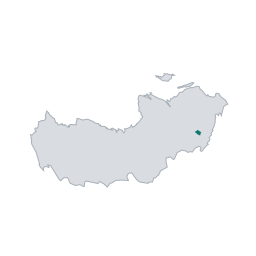 Grästorp, Västra Götaland, Sweden (highlighted), rotated 229°
{"feature_id": "70781695B12491812596610", "entity_name": "Grästorp", "entity_type": "district", "adm_level": 2, "iso_a3": "SWE", "parent_name": "Sweden", "parent_adm1": "Västra Götaland", "projection": "natural_earth1", "projection_center": [12.708, 58.339], "detail": "fine", "context": "in_parent", "style": "filled", "palette": "teal", "viewbox_px": 256, "rotation_deg": 229, "n_neighbors": 0, "source": "geoboundaries", "source_scale": "gbopen_adm2", "svg_char_len": 4149}
<svg xmlns="http://www.w3.org/2000/svg" viewBox="0 0 256 256"><g transform="rotate(229 128 128)"><path d="M64.5,168.5L65.3,170.2L67.2,170.0L67.9,168.7L68.8,165.0L67.6,160.9L69.3,159.4L70.3,157.2L72.8,156.5L76.2,153.9L76.5,151.1L77.3,149.2L74.4,143.2L74.2,141.7L78.5,140.9L80.3,137.0L77.4,134.4L72.8,132.0L74.3,124.4L72.4,120.3L72.6,118.6L72.3,115.9L73.5,114.8L71.2,111.0L73.4,108.3L73.0,106.9L79.4,101.5L83.6,100.6L91.4,101.4L93.2,99.3L93.3,98.1L92.5,95.4L88.1,93.9L92.8,89.1L96.5,84.4L97.1,79.9L98.0,78.0L97.0,73.6L102.0,73.1L106.4,71.3L105.8,68.9L115.4,61.6L115.7,60.3L114.9,59.1L112.6,56.8L113.2,55.8L115.8,55.2L117.1,54.2L118.9,50.8L124.2,48.1L130.1,49.9L132.6,46.9L132.3,42.7L134.4,42.3L150.2,44.9L152.8,43.3L150.1,42.5L152.7,40.8L153.4,39.8L153.6,38.6L153.5,38.0L151.2,36.4L156.2,36.2L158.9,36.9L159.2,37.9L170.1,42.8L178.7,44.7L181.2,46.1L182.2,47.7L183.5,47.8L185.2,49.2L186.9,50.0L185.6,51.0L185.7,53.3L186.2,54.4L185.5,56.4L188.3,56.9L188.8,58.1L187.4,59.3L187.7,60.6L191.4,64.8L190.6,66.1L190.4,67.8L188.9,69.0L188.7,70.3L189.1,72.0L189.7,72.8L191.3,73.4L194.1,77.8L191.5,78.1L189.4,77.5L184.7,78.1L183.5,78.7L179.8,77.0L177.8,78.0L176.4,77.1L175.3,78.5L175.1,80.5L173.4,80.4L174.0,81.1L171.8,81.4L171.6,81.7L172.1,82.2L171.4,82.8L168.3,83.0L167.9,83.7L168.8,84.4L168.8,84.9L166.8,84.2L168.2,85.6L168.6,86.7L164.4,90.9L165.9,92.0L167.2,94.4L168.5,95.4L168.0,96.5L163.6,99.2L161.2,103.3L155.6,106.0L152.6,106.7L150.7,108.7L148.5,108.1L148.4,109.2L147.0,108.5L145.8,110.2L143.8,111.7L141.5,111.4L141.3,111.7L142.0,112.1L139.4,112.5L138.7,114.0L136.8,114.4L136.5,114.9L138.4,115.0L138.1,116.2L135.9,116.9L135.1,117.6L134.1,117.6L134.3,117.0L132.8,117.1L132.3,116.3L132.0,116.5L133.1,118.6L132.4,119.4L133.8,120.2L129.8,122.2L127.3,121.4L127.0,122.0L127.6,123.7L129.7,125.1L128.5,126.0L127.2,130.0L128.2,132.5L125.4,131.9L125.6,132.9L124.8,133.9L125.2,135.5L124.9,136.6L125.6,137.5L125.2,138.0L125.7,142.4L126.6,144.3L126.3,145.8L127.5,146.6L130.0,146.8L130.7,148.0L133.8,147.3L136.1,149.8L140.3,151.9L140.1,153.2L142.8,154.2L144.4,156.1L145.1,157.7L144.9,158.6L140.8,161.2L137.7,163.0L134.4,164.1L134.6,164.5L136.2,164.7L140.2,163.4L141.4,164.5L139.2,165.0L138.8,166.5L137.9,167.5L129.2,170.9L128.1,172.0L124.2,173.7L117.1,173.6L116.0,174.0L122.2,174.7L123.6,176.0L120.7,176.8L122.1,179.8L121.3,180.5L121.4,183.9L120.3,184.0L119.9,185.4L120.5,188.7L121.0,189.7L120.8,190.7L119.2,193.0L119.8,195.7L118.0,200.7L115.9,203.6L114.3,207.5L112.5,208.9L110.3,208.0L107.0,208.5L101.1,208.3L100.4,208.7L100.8,210.1L98.7,209.9L95.0,212.9L94.8,214.4L96.4,217.2L94.6,219.1L90.5,218.6L85.2,219.8L80.5,218.9L81.1,217.9L81.4,214.1L76.0,206.5L78.5,207.3L79.5,206.9L78.0,204.4L80.1,204.3L80.8,203.4L80.4,202.0L78.6,201.3L77.1,199.1L75.4,197.9L72.5,193.5L71.5,190.4L70.5,190.7L69.6,187.2L68.1,186.7L67.7,183.1L66.1,182.8L65.0,181.1L64.8,178.1L62.9,177.7L63.2,176.2L62.5,170.8L61.9,169.1L62.4,167.9L63.5,167.8L64.5,168.5ZM147.0,185.0L146.1,185.4L145.6,186.3L144.2,186.8L144.1,189.9L145.4,191.1L144.1,191.6L143.2,193.3L140.9,194.4L139.9,195.4L139.5,196.9L137.4,197.7L138.8,195.5L136.8,192.9L137.3,191.9L137.0,188.9L141.2,185.1L143.2,184.7L144.1,185.1L144.4,184.2L145.1,183.9L147.0,185.0ZM120.1,206.5L119.0,207.2L118.7,206.3L118.7,202.6L121.0,198.4L122.0,198.0L124.8,192.2L125.1,191.8L126.1,192.2L125.4,192.7L125.5,193.7L123.7,196.8L123.3,198.9L122.6,199.4L120.1,206.5ZM147.8,183.8L147.7,184.7L146.6,184.0L147.6,183.0L149.7,183.3L147.8,183.8ZM142.1,161.7L140.8,163.0L140.5,162.4L140.8,161.8L142.1,161.7ZM139.4,168.6L138.7,168.7L139.1,167.8L140.1,167.6L139.4,168.6Z" fill="#d9dde1" stroke="#a8b0b8" stroke-width="1"/><path d="M80.3,177.2L80.5,176.8L80.4,176.7L79.9,176.8L79.5,176.8L79.2,177.0L78.8,177.1L78.4,177.0L78.1,176.9L77.6,177.3L77.2,177.5L76.6,177.5L76.1,177.8L76.3,178.1L76.5,178.3L76.9,178.3L77.1,178.4L77.3,178.5L77.5,178.7L77.5,178.8L77.4,178.9L77.2,179.0L77.1,179.3L77.1,179.5L77.4,179.5L77.9,179.4L78.1,179.2L78.3,179.2L78.6,179.1L78.6,178.9L78.6,178.7L78.9,178.7L79.3,178.8L79.5,178.8L79.7,178.7L80.1,178.8L80.1,178.7L80.1,178.4L79.9,178.3L79.8,178.1L79.9,177.6L80.1,177.3L80.3,177.2Z" fill="#14b8a6" stroke="#0f766e" stroke-width="1.5"/></g></svg>